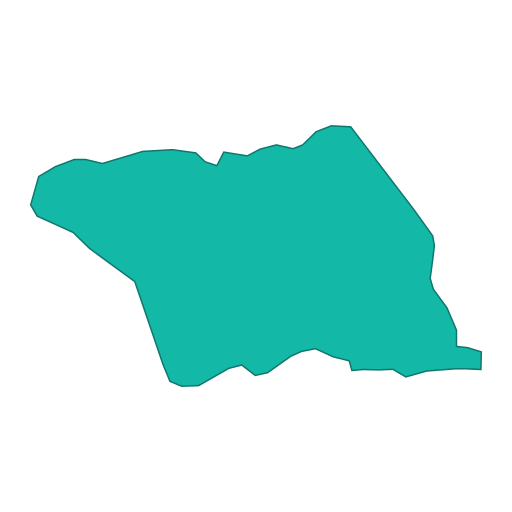 Vertente do Lério, Pernambuco, Brazil
{"feature_id": "56859067B33631559697819", "entity_name": "Vertente do Lério", "entity_type": "district", "adm_level": 2, "iso_a3": "BRA", "parent_name": "Brazil", "parent_adm1": "Pernambuco", "projection": "mercator", "projection_center": [-35.812, -7.778], "detail": "fine", "context": "isolated", "style": "filled", "palette": "teal", "viewbox_px": 512, "rotation_deg": 0, "n_neighbors": 0, "source": "geoboundaries", "source_scale": "gbopen_adm2", "svg_char_len": 878}
<svg xmlns="http://www.w3.org/2000/svg" viewBox="0 0 512 512"><path d="M37.2,216.2L56.6,224.9L73.2,232.5L89.6,248.5L110.0,263.5L134.8,281.6L163.0,364.4L170.0,381.4L181.7,386.2L198.6,385.6L215.8,375.8L228.7,368.4L241.7,365.0L255.2,375.4L267.6,372.7L290.7,356.3L301.6,351.4L315.5,348.7L333.4,356.9L349.2,360.8L351.9,370.5L363.3,369.5L378.8,369.9L392.9,369.3L405.8,376.9L426.8,371.0L455.0,368.8L465.7,368.8L480.9,369.5L481.3,351.9L467.4,347.6L456.5,346.5L456.5,330.2L451.8,319.2L447.0,307.9L440.9,299.6L433.3,289.2L430.2,278.4L432.7,259.7L434.4,245.7L432.7,235.9L414.0,209.8L350.7,126.8L331.3,125.8L316.2,131.7L302.7,144.9L293.0,148.7L276.4,144.9L260.2,149.1L247.2,155.9L223.8,152.1L216.9,165.7L205.1,161.8L195.8,152.9L172.5,149.7L142.8,151.4L102.4,163.5L85.6,159.5L74.3,159.5L55.3,166.7L38.7,176.5L30.7,204.9L37.2,216.2Z" fill="#14b8a6" stroke="#0f766e" stroke-width="1.5"/></svg>